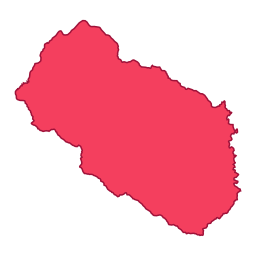 Fak Tha, Uttaradit, Thailand (orthographic projection), rotated 270°
{"feature_id": "78962969B71814319942483", "entity_name": "Fak Tha", "entity_type": "district", "adm_level": 2, "iso_a3": "THA", "parent_name": "Thailand", "parent_adm1": "Uttaradit", "projection": "orthographic", "projection_center": [100.869, 18.015], "detail": "fine", "context": "isolated", "style": "filled", "palette": "rose", "viewbox_px": 256, "rotation_deg": 270, "n_neighbors": 0, "source": "geoboundaries", "source_scale": "gbopen_adm2", "svg_char_len": 5811}
<svg xmlns="http://www.w3.org/2000/svg" viewBox="0 0 256 256"><g transform="rotate(270 128 128)"><path d="M152.8,25.3L152.5,26.1L151.6,26.5L151.0,27.2L149.5,27.1L148.4,28.5L146.9,28.5L144.8,30.6L143.6,30.7L142.7,31.3L141.5,31.4L140.4,31.9L139.5,32.9L137.0,32.7L135.9,33.7L135.2,34.0L134.8,33.7L133.0,31.5L132.6,31.4L132.0,31.8L131.0,33.5L130.7,34.8L130.2,35.6L128.4,37.6L127.3,37.7L127.1,38.7L125.6,40.1L125.4,41.3L124.6,43.1L125.3,46.3L125.0,47.1L125.2,48.2L124.7,49.0L126.5,51.4L126.5,52.9L126.8,53.8L126.7,54.4L125.8,55.3L124.2,55.9L123.9,56.7L122.8,57.0L120.8,58.2L120.4,59.2L117.8,61.3L116.5,63.6L114.1,66.1L113.8,67.4L113.2,68.5L113.2,69.5L110.8,72.6L110.4,73.8L109.6,75.2L109.4,77.2L110.8,78.8L109.7,80.6L105.6,82.3L104.5,81.7L103.5,82.0L102.1,81.2L100.4,81.0L98.8,82.0L97.8,80.7L97.4,80.6L94.6,81.6L93.1,81.8L91.9,81.6L89.8,79.8L89.4,79.7L88.7,80.0L88.4,81.1L87.0,82.1L84.4,83.0L82.6,84.3L82.4,84.9L82.5,85.8L81.9,87.3L82.1,88.2L81.6,89.2L81.7,91.1L81.4,92.7L80.6,93.7L80.2,95.1L78.9,97.5L77.8,98.4L77.3,100.0L76.3,100.7L74.9,100.8L74.0,102.8L73.5,103.4L72.5,104.0L70.9,104.0L70.0,106.0L66.8,107.7L64.9,110.1L64.5,111.2L63.6,111.8L63.5,112.9L61.4,114.4L61.2,115.4L59.3,117.8L59.9,119.2L61.1,119.9L61.1,122.0L61.8,123.7L63.1,125.2L63.2,125.8L63.0,126.4L61.2,127.1L61.2,128.9L60.9,129.6L58.1,132.5L57.3,132.9L57.2,133.8L56.6,134.5L55.4,138.3L54.3,139.1L51.7,142.3L50.5,143.0L48.9,144.8L47.3,145.8L44.7,150.0L43.9,150.7L42.6,151.4L42.0,152.3L40.8,153.3L40.5,154.1L40.3,156.4L41.1,160.0L40.6,161.3L39.6,162.5L38.3,163.3L37.9,164.7L37.3,165.0L36.3,166.2L35.1,166.7L33.7,167.9L32.0,168.5L31.4,169.0L31.0,171.7L31.4,173.5L30.0,176.1L29.9,177.4L27.8,178.7L26.3,181.1L23.6,183.3L23.6,185.6L22.4,186.3L22.3,186.8L23.0,188.2L22.4,190.5L22.7,193.1L22.6,194.4L22.2,195.0L22.3,195.9L21.3,197.3L21.1,198.1L21.3,199.1L20.6,199.9L21.0,201.4L20.7,202.2L21.1,203.1L23.0,203.3L23.7,203.1L25.3,203.5L26.6,202.8L27.3,203.0L28.2,206.2L29.9,207.3L31.3,207.3L32.0,207.7L32.5,208.8L32.7,210.5L33.2,211.0L34.4,211.5L36.0,214.0L36.7,214.5L37.0,215.9L38.3,216.7L38.4,217.6L37.8,218.3L37.4,219.5L38.6,220.6L39.8,221.2L40.4,222.2L42.4,223.3L42.3,224.4L42.8,225.4L42.7,226.7L43.8,227.9L45.5,228.5L46.5,229.8L48.9,231.0L49.7,232.0L52.0,233.7L53.0,234.0L54.0,233.9L54.6,234.2L55.4,234.9L55.3,235.3L55.9,235.6L56.3,236.5L56.2,237.0L56.4,237.3L58.2,237.0L60.8,237.3L62.2,237.0L63.7,238.0L64.2,239.0L64.9,239.5L65.1,240.6L66.9,240.1L67.5,238.4L68.6,237.4L70.2,234.7L71.9,233.9L72.6,233.9L73.0,235.2L73.0,235.8L72.6,236.2L72.7,236.9L73.2,237.3L73.9,237.4L74.1,237.9L74.8,237.7L75.2,236.0L75.8,235.2L75.9,234.3L76.3,234.0L77.8,234.0L78.4,234.7L78.7,236.2L81.3,238.5L82.2,237.9L82.7,236.7L83.5,235.7L83.6,234.9L85.5,235.2L85.9,235.0L86.2,234.4L86.1,233.5L86.4,233.1L88.4,233.7L88.9,235.0L90.6,234.3L91.6,233.2L93.1,235.2L93.4,235.2L93.7,234.7L95.9,233.9L97.7,233.8L98.9,234.5L99.1,235.1L100.3,236.1L100.7,235.5L100.2,234.6L100.2,234.1L101.7,233.9L102.7,233.1L103.6,233.0L104.5,233.2L105.6,234.1L107.6,233.6L108.8,232.2L109.1,231.3L108.0,229.9L108.3,229.3L109.6,229.0L111.5,229.6L112.8,229.4L114.4,228.6L115.1,229.0L115.6,231.0L116.6,231.9L117.7,231.7L119.8,230.5L121.7,231.3L122.4,232.2L122.1,233.2L122.2,234.0L123.6,234.3L124.0,234.7L123.9,235.2L123.0,236.3L123.3,237.0L123.9,237.5L126.2,237.3L126.8,237.2L126.9,236.9L125.4,235.5L125.3,235.0L126.3,234.1L129.1,233.1L131.4,233.0L131.5,230.3L132.0,229.2L132.8,228.4L133.8,228.7L136.4,228.8L136.9,228.3L136.3,227.1L137.8,226.7L139.9,227.5L140.8,228.3L140.4,229.1L140.7,229.6L141.6,230.0L142.9,231.4L143.5,231.6L143.7,231.2L143.5,229.8L144.6,229.8L145.4,229.2L145.4,227.5L147.1,226.6L147.7,225.6L149.1,225.0L150.4,225.4L152.0,224.9L154.2,225.0L155.0,224.5L154.9,224.1L153.6,223.2L153.9,222.0L151.9,221.5L151.1,219.7L150.0,219.6L150.1,219.0L149.7,218.2L149.6,217.5L149.2,217.0L148.6,215.6L148.6,214.1L148.9,212.6L149.3,212.0L150.1,211.4L152.1,211.3L153.3,210.7L154.2,210.1L155.6,208.1L157.1,207.3L160.7,204.7L162.1,202.6L162.4,200.2L165.3,196.1L165.3,193.8L166.3,192.2L167.7,188.0L166.7,186.7L166.8,185.7L168.5,184.7L169.6,181.4L170.1,180.9L171.0,180.3L172.5,180.1L173.2,178.6L175.3,176.9L175.4,173.4L175.7,171.7L176.4,170.6L177.7,169.8L178.0,168.2L179.5,168.2L181.4,167.0L182.6,166.7L183.1,166.0L184.3,165.8L185.3,164.5L185.4,162.1L185.6,161.6L188.9,159.7L188.8,156.7L189.2,155.9L189.7,153.2L190.6,152.4L189.7,151.5L188.0,150.9L187.7,150.2L188.3,148.9L188.2,147.5L188.7,145.8L189.1,141.4L190.9,139.4L192.4,139.0L194.0,137.5L196.0,133.8L195.8,132.6L194.3,130.4L194.1,128.7L193.5,127.4L193.5,126.3L194.1,124.7L194.1,123.5L193.7,122.5L193.8,122.1L196.3,120.6L197.3,118.4L199.2,118.0L199.6,117.5L200.5,117.4L201.4,117.7L202.9,117.6L205.1,118.1L206.2,118.6L208.3,117.9L209.7,118.3L211.1,117.7L212.0,117.5L213.0,116.7L214.6,114.6L216.6,112.9L217.9,111.3L220.2,109.6L220.9,108.0L221.2,105.7L222.6,104.7L226.0,101.5L228.4,99.9L228.8,99.0L229.5,94.2L229.4,91.8L229.6,90.5L231.1,88.8L233.9,87.0L235.3,85.1L235.4,82.7L233.2,79.3L227.4,74.2L225.5,71.5L223.8,70.5L221.3,67.7L221.0,65.3L221.2,63.7L221.7,63.1L224.9,61.2L225.1,60.3L224.7,59.2L223.6,58.1L220.3,55.8L217.8,52.4L216.2,51.7L215.1,49.8L213.0,48.6L212.7,47.8L213.3,47.3L211.7,44.7L210.2,44.5L208.7,44.6L207.6,44.3L206.7,43.1L205.4,42.9L204.7,42.5L203.9,41.2L200.8,40.2L200.1,40.2L198.5,41.0L195.2,40.8L193.7,39.3L192.9,37.9L192.4,35.0L190.7,34.5L188.1,32.9L186.2,32.5L184.5,30.6L183.2,30.0L178.8,29.5L176.7,28.2L175.5,28.3L175.0,28.8L174.1,28.7L174.0,28.4L174.4,27.3L173.6,27.7L173.0,27.5L172.9,27.2L172.9,25.0L172.6,24.6L173.1,23.5L172.2,23.5L171.7,22.6L171.8,22.0L170.4,22.1L170.4,21.2L169.4,20.2L168.0,19.5L167.6,18.9L167.3,17.7L166.5,17.8L166.3,16.8L164.6,15.5L162.9,15.4L161.7,15.6L160.4,16.3L157.9,16.4L157.1,16.8L156.5,17.4L155.6,20.0L155.5,23.1L155.2,24.6L154.7,25.0L152.8,25.3Z" fill="#f43f5e" stroke="#9f1239" stroke-width="1.5"/></g></svg>